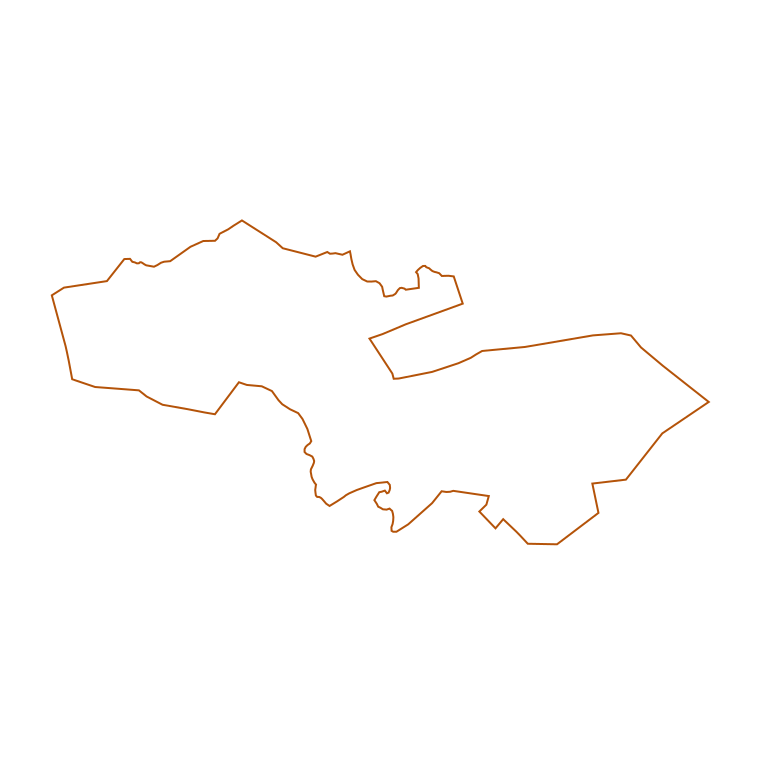 Shinkafi, Zamfara, Nigeria (Robinson projection), rotated 174°
{"feature_id": "59680162B85493721249292", "entity_name": "Shinkafi", "entity_type": "district", "adm_level": 2, "iso_a3": "NGA", "parent_name": "Nigeria", "parent_adm1": "Zamfara", "projection": "robinson", "projection_center": [6.482, 13.036], "detail": "fine", "context": "isolated", "style": "outline", "palette": "amber", "viewbox_px": 768, "rotation_deg": 174, "n_neighbors": 0, "source": "geoboundaries", "source_scale": "gbopen_adm2", "svg_char_len": 2697}
<svg xmlns="http://www.w3.org/2000/svg" viewBox="0 0 768 768"><g transform="rotate(174 384 384)"><path d="M340.4,491.9L339.0,489.8L338.6,485.4L339.3,476.0L352.5,475.5L353.6,476.7L356.4,477.8L358.2,477.7L360.3,476.0L362.8,472.9L363.6,472.3L366.1,471.1L368.4,471.1L372.5,470.7L374.6,471.3L375.4,477.8L375.7,480.9L377.9,484.7L381.3,487.1L386.0,487.2L390.0,487.7L394.7,490.6L398.5,495.4L401.3,500.5L402.7,506.2L403.4,511.7L403.7,516.4L404.0,519.5L411.8,516.9L415.4,518.1L418.6,519.2L421.3,519.1L424.1,519.2L426.6,521.2L438.7,517.8L470.5,529.6L476.5,536.3L508.2,561.5L517.2,557.1L522.8,554.1L531.8,550.6L534.3,546.2L537.1,544.1L548.8,545.1L562.1,540.7L583.8,528.5L589.9,528.6L593.1,527.9L596.9,526.0L600.5,524.7L608.1,526.9L609.7,528.0L611.1,529.2L612.5,530.3L613.8,530.6L615.2,529.7L617.1,529.8L619.1,531.0L621.5,531.8L622.4,533.2L623.5,535.0L629.2,535.4L648.8,515.3L692.2,513.3L705.1,506.9L696.7,454.9L696.0,448.8L695.1,439.9L693.6,421.3L671.6,411.2L650.2,407.3L628.4,403.3L621.4,396.4L606.4,386.5L581.6,379.4L565.6,374.5L555.3,371.6L528.1,400.9L520.5,397.4L505.8,394.5L496.2,388.7L490.6,378.9L487.3,374.5L480.1,368.7L472.4,364.0L468.7,357.7L464.9,347.3L463.0,338.1L462.3,334.8L464.0,332.6L466.4,331.3L468.4,329.7L469.8,327.5L470.1,324.7L468.4,322.5L465.4,321.0L462.9,319.3L462.0,317.0L461.5,314.7L462.0,312.9L463.5,310.1L465.6,306.8L466.1,304.4L465.9,302.3L465.7,299.3L465.0,296.7L463.5,293.2L462.1,291.0L462.5,289.9L462.8,288.5L463.5,285.8L463.5,283.0L463.4,280.2L462.3,278.7L460.2,278.4L458.7,277.4L457.7,276.3L456.2,274.2L454.0,271.0L450.9,268.4L443.1,272.1L435.7,275.9L433.6,277.3L430.0,278.9L422.2,281.4L415.6,283.0L402.0,286.2L390.9,286.2L388.8,283.1L388.8,279.9L389.5,277.8L390.8,275.5L392.5,275.0L394.3,277.9L397.6,277.1L400.0,276.9L403.5,272.5L405.7,269.5L403.6,265.4L402.6,262.6L400.5,261.3L398.2,259.5L394.5,258.8L393.7,259.0L391.5,259.5L390.3,258.1L389.5,257.3L389.2,257.0L388.7,254.0L388.6,250.6L389.2,246.9L390.1,243.8L391.2,241.6L391.6,240.8L391.8,237.2L390.3,236.1L387.0,235.8L374.6,241.9L348.6,260.5L337.9,271.3L333.3,270.1L329.5,269.9L326.3,270.5L291.5,261.6L294.8,253.3L302.5,247.2L288.2,228.8L279.6,237.1L267.9,223.4L264.5,219.1L257.7,210.1L228.7,206.5L184.2,233.4L187.2,263.2L153.4,263.6L112.4,305.8L62.9,332.2L104.8,373.0L124.6,393.5L133.3,406.4L143.0,409.7L171.1,410.5L239.9,406.1L282.9,406.6L289.3,403.8L294.9,401.0L307.8,396.9L334.9,391.0L368.8,387.9L373.8,388.2L374.6,393.5L393.7,430.7L380.2,433.8L356.1,441.1L297.3,455.7L303.4,483.7L308.5,484.9L315.2,485.4L317.5,488.4L320.2,489.6L322.0,490.2L324.1,491.3L326.0,493.2L326.9,494.3L328.5,495.1L329.8,495.8L330.6,497.1L332.9,497.3L335.8,495.7L338.3,493.9L340.4,491.9Z" fill="none" stroke="#b45309" stroke-width="2"/></g></svg>